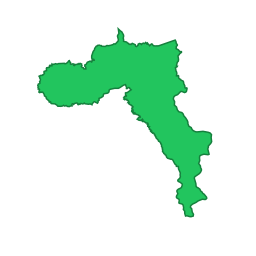 the district of Novo Airão, Amazonas, Brazil, rotated 259°
{"feature_id": "56859067B99543147558304", "entity_name": "Novo Airão", "entity_type": "district", "adm_level": 2, "iso_a3": "BRA", "parent_name": "Brazil", "parent_adm1": "Amazonas", "projection": "robinson", "projection_center": [-61.712, -1.802], "detail": "fine", "context": "isolated", "style": "filled", "palette": "green", "viewbox_px": 256, "rotation_deg": 259, "n_neighbors": 0, "source": "geoboundaries", "source_scale": "gbopen_adm2", "svg_char_len": 5942}
<svg xmlns="http://www.w3.org/2000/svg" viewBox="0 0 256 256"><g transform="rotate(259 128 128)"><path d="M30.6,167.7L30.6,169.1L29.3,171.5L28.9,172.9L29.1,175.2L30.8,175.8L33.1,175.0L36.7,175.1L38.2,174.1L39.8,174.7L41.0,176.9L41.9,180.4L43.1,183.1L43.9,187.4L43.1,189.9L43.1,190.7L44.0,191.9L45.1,191.9L48.5,190.1L49.6,188.9L51.0,188.5L52.1,187.4L54.2,186.9L55.7,185.6L56.6,184.4L57.6,183.7L60.6,184.0L66.2,183.5L67.4,184.2L69.7,189.5L70.9,190.9L72.5,192.0L73.6,192.2L74.9,191.7L77.1,191.8L79.7,190.6L82.3,192.2L85.1,192.5L86.8,193.0L87.5,194.7L87.8,197.5L86.5,201.5L86.8,202.6L92.3,202.3L94.0,203.3L94.9,203.3L97.0,206.2L98.6,207.5L102.8,207.8L105.6,208.7L107.4,207.7L108.4,206.1L110.4,201.0L111.0,194.8L111.6,193.3L112.9,191.6L114.1,190.7L116.4,190.1L118.1,188.1L121.0,187.6L122.3,187.9L124.1,187.6L127.4,186.3L128.8,185.3L131.5,184.7L132.9,183.8L134.1,181.2L134.8,180.7L136.3,179.9L139.4,179.6L141.6,177.9L145.0,178.8L147.8,178.0L149.8,178.9L150.8,180.4L151.3,183.1L153.8,186.7L153.5,188.0L152.0,190.3L152.2,191.6L152.9,192.4L155.2,193.4L155.9,193.5L156.2,193.2L156.2,192.0L156.6,191.6L158.8,191.8L160.7,191.2L162.6,191.3L163.6,191.0L164.9,189.1L165.6,189.0L166.6,187.7L167.5,187.3L169.5,187.6L169.9,187.3L169.7,186.2L170.0,185.5L171.9,186.3L173.6,186.4L174.9,186.0L178.3,186.1L178.7,187.8L179.2,188.2L179.3,187.7L179.9,187.5L183.0,188.8L184.1,190.2L185.7,190.7L189.1,190.8L189.8,191.4L190.2,192.3L191.1,192.9L192.0,194.9L192.8,195.0L193.2,193.4L195.2,192.3L196.7,190.4L198.9,191.0L199.5,192.0L200.1,192.3L202.2,191.5L203.6,191.6L205.3,191.1L202.8,173.6L203.4,170.2L203.9,168.7L206.0,167.5L206.0,166.9L204.6,165.0L206.4,164.1L206.6,163.0L207.5,163.4L207.9,163.2L207.4,162.3L208.6,161.7L207.8,160.5L207.8,160.0L208.4,159.3L208.1,157.8L207.4,157.2L208.4,156.3L208.8,155.3L208.3,153.9L207.5,153.9L206.3,152.0L206.8,151.1L208.4,151.0L210.3,148.3L209.4,146.9L209.9,146.3L209.7,145.8L210.1,144.9L210.9,144.8L211.5,143.7L212.6,143.1L213.9,140.2L216.1,140.6L217.0,140.4L219.1,141.3L220.4,141.3L223.9,140.1L224.1,139.5L227.1,137.4L222.3,137.1L221.8,136.3L220.3,135.2L216.5,135.4L215.3,134.9L212.9,131.7L213.3,130.1L212.8,129.3L212.5,127.0L212.5,124.4L213.0,123.1L212.4,121.2L213.3,117.7L214.0,117.5L214.1,116.7L214.8,115.7L214.9,113.9L214.4,113.3L214.4,112.5L212.5,110.5L210.9,109.8L209.9,108.5L205.7,106.1L203.5,105.7L202.6,106.1L201.7,107.7L200.9,107.7L201.4,105.6L200.0,105.3L199.7,104.9L200.9,103.6L200.3,100.6L198.4,99.0L198.1,97.6L196.7,97.4L195.8,98.1L194.0,97.9L194.5,95.9L195.6,95.7L196.1,94.6L197.2,94.0L198.0,94.7L199.0,94.4L199.6,94.7L200.5,93.5L200.6,93.1L199.9,92.2L199.9,91.9L200.7,91.4L200.1,90.5L200.4,88.9L199.5,87.1L199.8,86.7L200.9,87.3L201.5,86.2L201.4,84.1L201.8,83.7L203.4,84.1L204.2,83.3L205.3,83.3L205.2,82.6L204.2,81.6L203.2,79.9L203.0,78.4L203.6,78.0L204.5,71.9L204.2,70.7L205.0,69.0L204.6,67.6L204.9,66.8L204.6,66.2L205.3,65.6L203.6,65.0L204.2,64.4L204.5,63.3L204.0,62.8L203.5,63.1L203.3,62.5L202.6,62.3L202.6,59.6L201.9,59.2L199.9,59.0L199.6,56.5L199.0,56.1L197.7,56.4L196.4,55.0L196.5,54.5L196.0,54.0L196.3,52.4L195.8,50.6L194.9,51.1L194.2,50.8L192.9,51.3L192.2,51.3L190.7,50.6L190.4,50.1L188.9,50.2L188.5,49.6L188.2,48.3L186.7,47.5L185.6,47.9L184.7,47.3L183.8,47.6L183.3,47.4L183.2,48.3L182.8,48.5L180.2,47.4L179.5,48.2L180.0,49.3L179.5,49.9L179.6,50.7L179.2,51.3L176.8,52.2L175.5,52.1L174.1,53.5L172.4,53.5L169.8,55.5L168.4,55.7L168.6,56.8L168.4,57.0L167.0,57.1L166.6,57.4L165.6,60.9L164.1,62.5L162.8,63.2L162.1,66.3L162.1,68.1L162.6,69.0L161.6,70.1L161.9,71.6L160.8,72.5L160.2,74.5L160.6,75.6L160.4,77.4L161.9,77.4L162.4,78.0L162.3,78.7L161.5,79.1L162.3,80.3L162.4,82.3L162.2,82.8L160.5,83.4L160.4,83.8L161.1,84.6L160.4,85.3L161.1,86.4L160.3,88.1L160.3,88.8L160.8,89.8L160.0,90.4L158.8,94.0L158.9,95.4L157.7,97.1L158.6,97.5L160.1,99.4L160.2,100.3L159.3,101.2L158.2,102.8L159.1,103.6L160.2,103.7L160.7,104.9L162.6,105.2L162.9,107.2L163.8,109.5L165.7,110.4L166.2,111.1L166.1,114.2L166.4,115.4L167.1,116.2L168.9,116.8L169.4,117.8L169.5,122.6L168.8,125.9L169.1,127.4L170.9,131.8L171.1,133.8L167.3,134.4L167.0,134.1L166.8,134.5L167.6,136.1L167.3,137.1L166.2,137.4L164.9,138.4L162.8,133.7L163.1,132.9L162.9,132.2L160.7,131.9L160.1,132.6L159.6,132.5L159.3,132.0L159.6,130.5L159.1,130.2L158.8,130.0L158.5,129.6L158.2,130.0L157.4,130.0L157.1,129.5L156.3,130.3L156.7,131.3L156.3,132.3L155.6,132.2L154.8,133.5L154.1,133.4L153.7,133.7L153.1,133.0L153.0,133.8L152.6,134.0L152.2,133.3L151.8,133.3L150.6,134.4L150.3,135.3L149.5,135.4L148.8,136.4L148.3,136.4L148.0,136.9L147.4,136.7L146.9,135.7L145.9,135.4L145.4,136.3L143.8,136.2L144.2,135.0L143.8,134.8L141.8,135.7L141.6,136.2L142.1,136.3L141.7,137.0L140.8,136.3L140.5,136.8L141.3,137.7L139.9,138.4L139.1,140.3L138.6,140.8L138.2,140.7L137.7,141.8L136.9,142.1L136.7,141.7L136.2,141.9L136.2,140.2L135.4,139.6L134.9,138.7L133.5,140.3L133.0,141.9L133.2,142.3L132.8,142.5L133.9,143.8L133.0,144.2L131.9,143.6L131.5,143.7L131.3,145.1L129.5,146.6L129.2,147.8L128.8,148.4L128.3,147.9L127.7,148.3L127.5,147.7L127.0,148.1L125.9,147.7L125.2,149.3L124.5,148.5L123.2,149.1L122.7,148.9L122.6,149.4L121.5,150.2L120.9,149.4L120.2,149.7L119.8,150.1L120.0,150.6L119.1,150.5L118.7,151.3L118.2,151.3L118.1,152.2L116.8,152.9L116.4,152.6L115.6,153.3L115.1,153.1L113.8,153.8L113.3,153.6L112.7,153.8L110.7,155.2L109.2,155.5L108.7,156.3L107.2,157.2L106.2,157.1L105.8,157.6L105.2,157.7L103.4,157.4L101.8,158.1L101.0,157.6L100.0,157.9L98.2,157.4L97.2,158.2L96.1,158.3L95.6,159.0L94.5,159.4L94.1,160.1L92.1,160.3L90.8,161.1L89.2,164.0L89.0,165.0L88.0,165.9L83.8,167.1L82.1,168.4L81.1,168.2L80.6,170.1L78.2,169.8L73.9,170.8L72.0,170.2L70.1,170.1L68.8,169.2L67.6,167.2L66.7,166.8L65.9,167.2L64.7,168.9L62.7,170.5L61.6,170.4L59.7,169.3L59.0,168.4L58.4,165.8L57.4,164.2L56.3,163.9L54.0,164.4L52.0,162.7L51.0,162.3L50.1,162.5L48.3,164.4L47.6,164.6L44.9,163.7L44.3,163.9L43.2,166.4L41.9,167.4L39.1,167.4L37.5,166.8L35.5,167.8L33.4,167.4L30.6,167.7Z" fill="#22c55e" stroke="#15803d" stroke-width="1.5"/></g></svg>